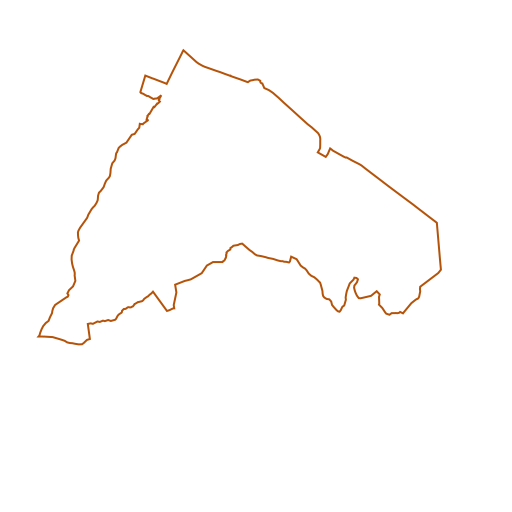 Lugasu De Jos, Bihor, Romania, rotated 204°
{"feature_id": "2599482B52490919803078", "entity_name": "Lugasu De Jos", "entity_type": "district", "adm_level": 2, "iso_a3": "ROU", "parent_name": "Romania", "parent_adm1": "Bihor", "projection": "orthographic", "projection_center": [22.33, 47.093], "detail": "fine", "context": "isolated", "style": "outline", "palette": "amber", "viewbox_px": 512, "rotation_deg": 204, "n_neighbors": 0, "source": "geoboundaries", "source_scale": "gbopen_adm2", "svg_char_len": 5542}
<svg xmlns="http://www.w3.org/2000/svg" viewBox="0 0 512 512"><g transform="rotate(204 256 256)"><path d="M406.0,414.4L406.1,413.7L406.2,410.4L407.1,391.7L407.2,389.3L407.6,377.6L407.6,376.9L408.0,376.9L409.3,376.9L412.1,376.8L417.0,376.5L417.6,376.5L421.1,376.3L421.5,376.3L423.1,376.1L423.8,376.1L430.5,375.8L428.3,358.7L428.0,358.6L427.7,358.3L427.3,358.3L427.3,358.2L427.0,358.1L425.4,358.3L424.7,358.3L422.8,358.0L422.1,357.9L421.5,358.0L420.9,357.8L419.6,358.3L418.2,358.2L417.2,358.0L415.7,357.9L413.8,357.7L413.2,357.9L412.8,358.4L410.8,359.5L410.2,360.2L409.3,361.7L408.6,363.0L407.9,364.3L408.1,361.7L408.2,361.1L408.4,359.8L408.0,359.7L408.2,358.8L407.4,358.3L406.6,358.0L407.1,356.7L407.4,356.0L407.7,355.5L408.0,354.9L408.3,355.0L409.4,350.6L410.2,350.6L411.1,342.4L411.6,342.3L411.9,340.8L412.1,340.1L412.2,339.7L411.7,339.4L411.7,339.0L411.7,338.5L411.7,337.8L411.4,336.1L410.5,336.3L410.0,336.1L410.0,335.9L412.2,332.2L412.7,331.3L413.0,330.3L413.7,330.2L414.8,329.7L415.9,329.5L414.8,325.7L415.5,323.6L416.5,318.2L418.8,316.2L420.5,306.8L423.4,303.1L424.8,300.5L425.4,298.8L425.2,294.2L425.5,292.9L424.8,290.4L424.4,289.1L424.1,288.0L424.0,285.7L425.0,282.2L424.2,276.6L422.7,272.5L422.0,269.5L422.2,267.8L423.5,264.0L423.5,260.5L423.2,257.0L424.3,252.2L425.2,250.0L424.8,246.8L423.6,243.5L423.3,242.4L423.3,241.5L423.3,239.7L423.8,236.2L424.6,234.2L425.2,232.1L425.3,231.4L426.0,225.5L425.8,222.8L425.8,222.1L428.2,210.4L428.5,207.0L428.3,205.2L426.9,202.3L425.7,200.3L423.9,198.1L425.0,189.8L425.1,187.9L424.8,186.7L424.5,181.4L423.1,177.9L420.9,174.3L418.9,171.7L416.7,169.3L415.5,167.9L414.9,167.1L414.2,165.7L413.8,164.5L410.9,159.8L410.8,153.8L412.9,148.8L413.1,145.1L411.4,144.0L411.4,142.3L412.5,141.0L419.6,129.6L420.1,125.8L419.7,122.9L419.1,120.8L419.3,116.1L419.1,112.3L420.8,109.3L421.9,105.4L422.1,101.9L421.9,98.0L421.8,97.3L421.7,96.6L421.5,95.2L421.7,94.7L421.9,94.0L416.8,96.2L408.8,99.2L401.3,100.2L398.8,100.5L396.3,100.7L393.3,100.3L390.6,100.8L388.4,101.6L385.6,102.2L381.9,103.2L379.1,104.6L378.1,106.2L376.3,110.6L374.0,112.6L382.0,125.5L379.7,127.2L377.4,127.7L374.2,131.7L371.9,132.2L369.5,134.7L367.6,135.0L365.0,137.4L362.2,137.6L358.7,140.5L358.3,141.7L358.2,142.7L358.2,143.5L358.1,144.9L357.7,146.4L357.0,147.7L355.8,149.5L355.7,150.1L356.1,151.4L355.7,152.6L355.2,153.8L353.6,154.7L353.1,155.5L352.7,156.3L352.1,157.1L351.4,157.5L350.8,157.6L350.2,157.8L349.4,158.2L348.5,159.4L347.9,160.0L347.6,161.2L347.4,162.8L347.0,163.1L345.4,165.4L345.0,166.0L344.6,166.1L342.8,167.6L342.5,167.7L342.1,168.1L341.5,168.7L341.3,169.2L341.0,169.8L340.7,171.4L339.0,174.3L338.3,175.1L337.4,177.4L336.4,179.2L336.2,179.7L335.6,181.5L315.0,169.6L313.7,170.7L312.6,171.8L311.4,173.3L310.4,174.4L309.4,174.9L311.2,177.7L313.9,190.3L318.2,196.9L310.9,204.3L308.8,205.9L306.1,208.1L298.6,218.2L297.0,227.3L294.4,230.8L292.8,233.0L287.3,235.4L284.2,236.8L284.3,237.1L283.7,238.1L283.2,238.8L282.9,240.0L283.0,240.9L282.8,241.7L283.0,242.3L282.9,242.6L283.2,243.8L283.4,244.0L283.6,244.4L283.5,244.6L283.8,244.9L283.9,245.7L283.8,246.2L284.4,247.2L283.7,249.2L282.1,251.5L282.6,252.9L281.9,254.0L281.3,255.0L280.9,256.1L279.6,257.0L277.1,258.6L275.5,260.5L273.6,261.7L269.5,260.4L264.3,258.8L261.1,258.2L257.9,257.2L255.4,256.9L251.3,258.0L246.5,258.9L244.4,259.1L239.2,260.3L234.2,260.8L231.1,261.4L229.5,262.1L228.0,262.2L226.0,263.0L223.2,263.5L222.8,264.8L223.6,269.7L217.6,269.6L215.6,268.3L214.7,267.7L211.3,265.4L208.1,264.6L206.3,264.5L204.1,263.6L200.7,261.4L197.5,260.4L194.2,260.3L191.3,259.5L189.1,258.7L188.3,258.3L186.7,257.8L185.3,256.3L182.7,253.1L181.1,251.1L179.7,248.5L178.4,246.8L176.8,245.9L174.1,245.5L171.4,246.2L168.8,245.0L166.6,242.2L164.2,241.0L160.4,239.3L158.5,238.8L157.0,239.1L156.5,241.1L156.5,242.9L156.4,244.8L156.1,245.4L155.7,245.8L155.3,246.8L156.1,252.6L157.2,254.5L158.1,257.7L158.8,261.1L159.0,265.6L159.2,268.8L159.0,269.7L157.3,274.1L157.3,276.2L155.3,276.8L153.4,276.2L153.1,273.2L153.4,271.6L154.1,269.1L153.5,266.9L151.7,264.6L150.2,263.0L147.8,260.9L145.0,259.3L143.3,259.9L141.0,261.6L136.4,265.1L134.7,266.4L133.4,269.0L131.4,272.9L127.3,271.2L127.0,268.7L124.1,262.8L123.9,261.6L119.5,259.9L115.0,257.0L113.6,256.3L110.2,256.6L108.8,259.0L107.8,259.4L104.9,260.8L103.5,261.3L102.2,262.3L101.7,263.2L101.6,263.5L98.4,263.4L98.3,263.9L96.6,270.0L94.9,276.1L92.4,280.9L91.5,282.2L90.9,282.6L90.5,283.6L90.4,285.2L91.6,290.5L92.8,292.5L93.5,294.7L82.6,314.5L82.4,315.2L81.5,318.7L86.7,328.0L104.3,359.9L114.0,362.2L125.7,365.0L131.4,366.4L133.4,366.9L144.6,369.4L162.3,373.4L176.1,376.7L183.8,378.5L191.4,380.3L196.4,381.6L198.8,381.9L206.8,382.3L213.3,382.9L213.7,382.6L214.1,382.4L215.7,382.4L220.6,382.8L223.8,383.1L227.0,383.4L227.8,383.4L229.2,383.7L230.1,384.0L230.6,384.1L231.6,384.3L232.0,384.4L231.9,378.3L232.6,374.9L241.7,375.8L241.3,379.8L241.4,380.8L242.6,383.8L244.2,387.4L244.8,388.9L245.5,390.1L246.3,391.2L247.9,392.6L249.5,393.6L257.5,396.2L262.4,397.4L271.6,400.4L282.5,404.0L293.0,407.4L299.6,409.7L300.6,410.0L304.9,411.3L306.4,411.8L307.8,412.1L311.7,412.8L313.1,412.8L315.0,412.8L315.8,412.8L316.7,412.8L317.7,413.7L320.4,416.2L320.9,416.0L322.2,416.2L323.0,416.9L323.4,417.8L326.1,418.0L329.0,416.5L330.0,415.7L331.0,415.0L332.6,413.9L333.4,412.7L334.1,411.5L334.9,411.4L341.6,411.0L350.9,410.2L352.6,410.1L352.7,410.4L352.8,410.4L353.0,410.1L355.8,409.9L358.5,409.7L363.7,409.4L367.4,409.0L375.1,408.4L379.7,408.0L380.9,408.0L382.2,408.0L386.6,408.4L389.4,409.0L402.2,413.2L406.0,414.4Z" fill="none" stroke="#b45309" stroke-width="2"/></g></svg>